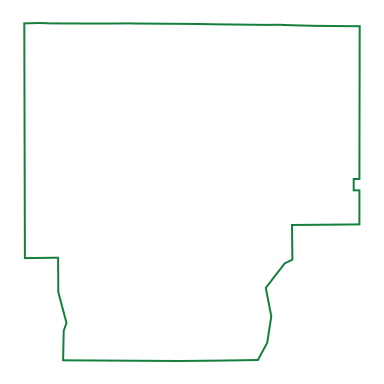 the district of Claiborne, Louisiana, United States of America
{"feature_id": "52423323B9246238437830", "entity_name": "Claiborne", "entity_type": "district", "adm_level": 2, "iso_a3": "USA", "parent_name": "United States of America", "parent_adm1": "Louisiana", "projection": "robinson", "projection_center": [-92.955, 32.801], "detail": "fine", "context": "isolated", "style": "outline", "palette": "green", "viewbox_px": 384, "rotation_deg": 0, "n_neighbors": 0, "source": "geoboundaries", "source_scale": "gbopen_adm2", "svg_char_len": 611}
<svg xmlns="http://www.w3.org/2000/svg" viewBox="0 0 384 384"><path d="M187.4,23.9L133.9,23.5L132.3,23.4L126.9,23.4L114.1,23.5L113.8,23.5L101.9,23.5L79.3,23.5L51.2,23.4L39.3,23.0L24.3,23.4L24.9,258.1L58.1,257.7L58.3,292.1L66.5,322.9L63.7,330.9L63.1,360.3L178.2,361.0L220.1,360.6L257.9,360.0L267.2,342.8L271.3,316.4L265.8,287.9L276.7,273.7L284.8,263.3L292.4,259.6L292.0,225.0L359.4,224.4L359.4,190.3L353.7,190.3L353.7,179.0L359.4,179.0L359.7,26.2L354.2,26.2L312.8,25.8L290.5,25.2L281.8,24.9L281.7,24.8L275.2,24.8L266.5,24.9L214.9,24.3L198.9,24.0L187.4,23.9Z" fill="none" stroke="#15803d" stroke-width="2"/></svg>